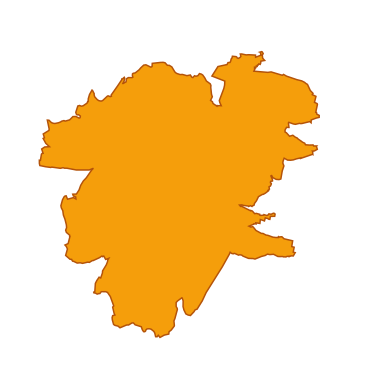 Tlapanalá, Puebla, Mexico, rotated 77°
{"feature_id": "50627088B76053764964540", "entity_name": "Tlapanalá", "entity_type": "district", "adm_level": 2, "iso_a3": "MEX", "parent_name": "Mexico", "parent_adm1": "Puebla", "projection": "mercator", "projection_center": [-98.531, 18.695], "detail": "fine", "context": "isolated", "style": "filled", "palette": "amber", "viewbox_px": 384, "rotation_deg": 77, "n_neighbors": 0, "source": "geoboundaries", "source_scale": "gbopen_adm2", "svg_char_len": 5930}
<svg xmlns="http://www.w3.org/2000/svg" viewBox="0 0 384 384"><g transform="rotate(77 192 192)"><path d="M65.0,232.2L66.4,234.8L66.2,235.0L67.0,235.4L71.7,240.4L79.4,249.0L80.6,249.0L80.7,250.2L79.5,252.0L79.5,252.8L82.8,258.5L83.0,260.1L82.0,262.3L80.6,263.6L77.3,265.4L75.3,265.5L74.2,265.2L70.6,266.1L70.2,266.5L73.9,269.9L77.8,272.1L80.5,272.8L80.4,273.3L81.8,274.3L83.5,278.7L83.5,280.5L82.4,282.1L82.5,283.9L88.2,287.3L90.0,287.2L91.0,286.6L91.2,285.1L92.9,283.7L94.4,284.3L94.6,285.4L92.3,288.2L91.7,291.0L94.2,295.0L94.4,299.6L93.6,300.7L93.7,303.1L94.2,304.3L94.5,306.6L94.4,310.2L93.7,312.0L92.7,313.4L89.9,315.2L89.4,316.8L98.3,317.0L99.8,317.5L102.0,323.9L106.0,323.6L106.3,325.0L111.7,323.5L115.8,320.7L115.0,325.4L116.3,328.8L120.8,328.4L120.7,329.3L121.3,330.2L127.1,332.6L126.7,333.6L129.9,334.3L132.0,334.3L134.4,329.1L136.3,324.1L136.2,323.1L136.6,322.0L139.3,314.9L139.3,312.2L140.1,310.9L140.7,308.5L144.5,299.8L147.4,287.2L146.7,282.7L148.1,284.9L154.4,291.8L156.8,295.4L160.4,298.9L164.6,301.6L168.0,305.1L167.3,308.7L169.1,308.5L170.6,306.4L172.7,306.7L170.8,308.8L171.0,314.9L167.4,315.5L167.4,316.8L167.9,317.7L170.4,319.9L175.8,322.8L178.0,322.9L181.2,322.1L185.5,322.5L190.1,321.9L195.7,321.8L198.5,322.2L200.8,323.7L203.1,323.5L206.6,320.9L207.5,321.2L207.8,320.9L214.4,324.3L215.1,327.7L216.9,326.7L219.5,326.2L225.4,329.4L230.1,326.0L230.6,324.4L231.9,324.2L232.7,323.7L232.9,323.0L235.4,319.9L235.8,316.9L236.9,314.7L236.9,309.3L237.5,307.8L236.4,304.6L236.6,303.9L235.2,297.0L234.2,294.4L234.5,293.6L234.8,293.6L234.6,292.4L238.3,291.3L237.9,288.0L239.4,289.4L240.9,290.0L243.7,291.9L248.8,296.9L250.8,297.5L255.2,300.3L254.1,301.7L257.0,304.8L259.3,306.7L266.9,309.0L267.5,310.3L268.3,310.2L268.7,308.9L269.9,307.7L270.2,306.9L270.0,306.2L270.2,304.6L268.7,302.8L269.8,298.3L270.9,296.9L275.5,295.1L285.4,293.9L286.3,295.2L292.7,295.2L294.5,294.8L294.6,297.1L296.4,298.1L298.7,298.4L303.4,298.2L304.6,297.1L306.0,294.3L308.1,292.7L306.9,285.7L307.3,283.6L306.1,280.0L306.4,278.5L308.6,277.3L311.9,271.7L315.0,271.4L317.2,270.6L317.5,269.5L317.1,268.6L316.0,267.9L315.3,266.6L315.6,264.5L316.4,262.8L319.3,260.5L321.3,260.0L324.8,260.0L325.2,258.6L324.0,257.1L326.5,255.9L325.2,251.2L325.2,246.6L323.0,245.8L321.8,243.2L318.8,239.6L318.1,239.2L313.5,238.6L311.6,237.2L303.2,232.7L302.0,232.6L300.0,233.2L296.1,232.3L294.9,230.6L292.8,225.7L293.1,225.4L296.0,225.1L301.7,226.5L305.1,226.4L309.4,225.4L311.0,223.5L312.0,221.3L309.2,217.1L307.5,215.4L307.3,213.4L300.4,206.5L293.1,200.8L271.6,179.2L261.1,169.7L259.3,168.4L260.7,167.3L261.5,165.8L261.3,164.7L261.7,163.9L264.0,160.8L263.9,159.5L264.7,157.7L265.9,156.8L269.4,151.9L270.6,147.4L271.5,145.7L270.4,138.7L270.3,134.9L269.5,132.5L270.5,130.3L271.0,126.6L274.1,122.9L274.6,121.2L275.3,118.1L275.7,117.6L276.4,115.0L276.1,113.9L276.5,111.5L276.8,111.6L276.5,109.9L277.1,107.7L274.3,105.1L273.4,106.9L268.8,104.9L267.6,107.1L262.2,104.9L258.3,112.8L255.8,114.5L255.4,117.2L255.7,117.6L255.0,117.8L255.6,118.8L255.2,120.5L254.2,123.3L251.3,127.8L250.6,129.6L248.4,132.1L247.9,133.8L243.9,138.3L239.9,140.2L239.4,140.8L239.4,142.6L238.1,144.2L237.2,138.9L236.9,138.8L237.5,136.7L236.4,136.7L237.9,132.9L234.2,131.6L236.5,127.9L233.7,126.4L234.9,124.2L235.9,123.2L236.2,122.3L233.4,121.1L234.3,116.9L232.2,116.0L231.1,116.9L231.0,117.7L231.5,119.9L230.6,122.0L231.7,123.4L231.6,124.6L230.2,127.0L230.7,127.3L230.3,130.3L229.7,131.2L229.0,131.0L227.3,134.1L227.2,135.8L224.1,137.5L223.2,138.9L223.5,139.1L217.2,146.8L217.0,147.9L215.4,148.7L215.7,146.4L216.6,144.9L218.4,140.2L218.8,140.1L218.5,138.0L219.6,136.8L219.0,136.0L219.0,135.0L218.8,134.5L217.2,133.7L215.0,131.1L211.5,128.3L210.2,124.1L210.3,123.0L209.6,120.7L208.0,117.2L207.5,117.6L206.6,115.9L204.3,115.8L203.8,114.2L202.2,113.0L201.5,112.8L200.6,113.5L199.3,113.0L199.4,111.1L198.3,110.8L194.1,111.5L193.9,110.7L196.2,110.0L198.6,107.2L199.5,104.4L199.3,102.5L191.7,99.3L187.3,96.6L184.2,97.0L182.2,96.2L179.8,94.6L182.4,91.7L183.2,88.9L183.5,86.1L183.2,82.8L183.2,78.3L183.7,78.5L182.4,66.0L182.6,65.8L180.3,65.5L179.8,65.1L179.3,65.4L179.5,63.4L178.6,60.3L175.4,60.5L175.2,60.2L174.5,63.1L173.4,63.4L172.7,67.0L171.5,70.8L169.8,71.2L168.5,72.9L164.2,76.7L163.0,77.4L161.8,79.0L159.4,81.0L159.6,84.4L155.5,86.7L154.5,87.8L152.9,87.5L152.0,87.0L150.3,85.3L150.9,83.0L146.4,82.5L145.9,82.0L148.5,77.9L149.3,76.0L149.3,71.8L149.8,70.8L150.0,69.5L149.9,61.4L151.3,60.4L148.6,59.6L147.9,54.2L147.9,51.3L146.0,50.8L144.2,52.9L142.5,52.8L142.2,53.5L134.9,50.1L134.0,50.2L132.2,52.5L126.7,49.7L124.2,52.9L123.1,51.9L119.7,53.9L113.1,55.3L112.0,56.5L110.4,57.7L108.4,60.1L106.1,64.6L100.4,73.8L98.0,76.4L98.6,77.7L92.8,87.9L92.5,91.2L88.2,104.5L86.1,102.9L85.9,103.3L84.5,103.0L85.1,101.7L83.7,101.0L84.2,100.2L83.0,99.6L83.2,99.0L82.2,98.1L83.0,96.9L81.9,96.1L80.0,95.5L80.2,91.6L77.6,93.0L74.9,92.8L74.3,93.2L74.4,92.7L73.2,91.5L71.4,92.0L70.9,92.5L71.0,94.3L71.2,94.0L74.2,94.1L75.0,99.7L72.9,99.3L71.0,105.8L70.6,108.4L68.7,112.5L68.4,113.9L70.9,113.9L71.7,114.9L72.2,116.7L71.7,117.7L70.5,118.1L70.0,118.6L68.8,122.1L70.3,122.8L71.3,124.0L72.9,124.7L74.3,125.8L74.0,127.8L75.7,129.2L75.6,138.5L83.5,146.5L91.3,135.1L95.2,136.2L98.3,137.7L109.0,144.8L110.9,144.8L114.5,144.1L113.9,146.1L113.9,147.7L113.5,148.0L114.0,148.4L110.5,151.6L108.6,151.8L106.9,153.3L103.8,150.8L101.1,151.0L94.4,150.2L92.4,149.6L90.7,149.9L87.1,153.0L83.6,153.9L80.5,155.2L79.3,156.3L78.3,158.1L80.0,160.1L80.1,162.1L79.3,163.4L80.7,165.4L80.0,166.4L77.6,167.3L77.5,170.8L75.3,174.9L74.9,177.2L72.9,180.4L71.2,181.7L65.6,183.5L63.5,185.6L63.0,187.5L60.0,189.2L59.2,190.9L58.7,193.3L57.7,201.8L60.8,202.7L61.1,204.0L57.7,208.3L57.5,210.5L59.5,214.0L61.0,216.0L62.8,219.7L63.2,220.8L63.1,222.6L63.5,223.4L65.1,223.9L66.8,223.8L67.1,224.5L66.2,228.3L67.0,230.5L69.8,231.4L70.8,234.7L70.7,235.0L68.7,233.3L67.2,232.5L66.5,232.5L65.9,232.0L65.0,232.2Z" fill="#f59e0b" stroke="#b45309" stroke-width="1.5"/></g></svg>